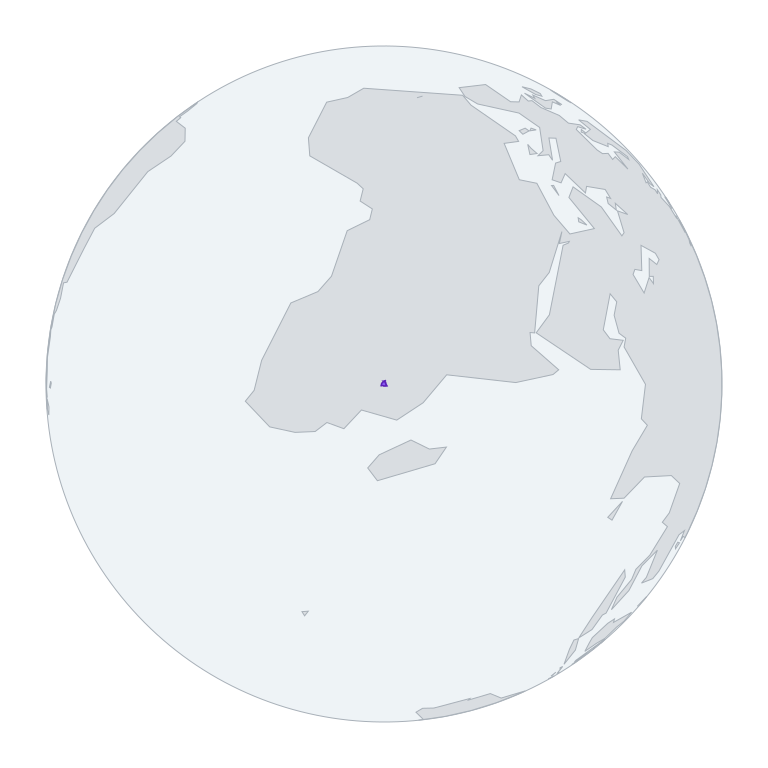 Lilongwe on an orthographic globe, rotated 51°
{"feature_id": "MWI-1909", "entity_name": "Lilongwe", "entity_type": "District", "adm_level": 1, "iso_a3": "MWI", "parent_name": "Malawi", "parent_adm1": "", "projection": "orthographic", "projection_center": [33.699, -14.021], "detail": "fine", "context": "on_globe", "style": "filled", "palette": "violet", "viewbox_px": 768, "rotation_deg": 51, "n_neighbors": 0, "source": "natural_earth", "source_scale": "10m", "svg_char_len": 6487}
<svg xmlns="http://www.w3.org/2000/svg" viewBox="0 0 768 768"><g transform="rotate(51 384 384)"><circle cx="384" cy="384" r="338" fill="#eef3f6" stroke="#a8b0b8"/><path d="M47.6,351.7L48.3,352.9L48.3,365.0L47.7,374.7L49.1,374.4L49.2,380.1L60.1,377.5L70.1,385.9L72.8,406.1L70.3,433.9L81.7,486.4L80.9,510.8L90.0,532.0L105.4,566.3L103.7,569.4L113.8,581.4L120.7,592.3L122.2,596.3L130.7,606.1L132.2,608.8L137.1,613.3L151.7,629.0L161.7,637.3L175.5,649.3L182.0,653.8L182.7,654.8L186.7,657.9L191.1,660.9L188.0,659.3L187.2,658.7L167.3,643.3L148.5,626.4L131.1,608.2L115.1,588.7L100.6,568.1L87.7,546.4L76.4,523.9L66.8,500.5L59.0,476.6L53.0,452.1L48.9,427.2L46.6,402.1L46.2,376.9L47.6,351.7ZM197.2,664.0L190.3,660.9L192.3,661.8L183.7,655.2L191.0,658.8L197.2,664.0ZM176.0,646.1L172.0,641.2L173.9,642.0L177.2,645.8L176.0,646.1ZM449.2,52.4L450.5,52.7L463.9,56.1L466.8,57.7L469.4,58.3L468.5,57.3L452.2,53.1L451.2,52.8L457.4,54.1L458.0,54.3L457.5,54.2L480.5,60.2L503.1,67.8L525.1,76.9L546.3,87.6L566.8,99.8L586.4,113.4L604.9,128.3L622.4,144.5L638.7,161.9L653.7,180.4L667.4,199.9L679.6,220.3L690.4,241.5L692.7,246.8L690.7,247.4L692.4,252.4L687.0,242.8L686.8,249.6L702.4,288.1L704.4,297.6L700.8,309.2L699.4,301.8L685.2,276.1L687.6,297.9L698.6,323.6L702.5,349.3L696.3,337.2L691.7,314.5L686.5,304.8L684.3,285.1L673.2,253.5L666.6,254.7L663.7,243.4L647.4,216.8L636.0,218.3L620.2,240.1L623.8,269.3L615.8,280.1L592.1,233.2L581.8,205.3L573.0,205.9L548.8,181.0L506.3,174.1L500.5,167.3L492.5,169.4L475.4,161.9L466.6,151.4L456.2,151.5L479.9,179.5L491.0,179.9L500.6,170.6L505.1,180.7L521.6,191.5L502.7,214.2L440.0,233.5L434.3,211.9L388.9,157.5L390.5,151.9L390.3,151.3L389.8,150.2L385.2,159.3L377.5,149.8L401.3,185.4L405.1,201.9L439.1,234.8L435.9,238.1L446.9,245.5L482.9,239.3L483.0,246.7L465.8,280.7L416.3,329.5L423.2,365.4L420.1,396.8L390.0,417.9L393.5,443.3L378.0,452.6L377.6,467.4L365.6,483.6L345.4,499.8L310.1,502.6L307.2,488.9L288.6,464.2L262.4,405.4L270.6,377.2L267.2,357.0L241.7,316.1L247.3,291.7L240.6,282.9L226.8,287.4L219.2,277.3L211.0,278.5L160.0,298.1L145.1,287.8L128.9,251.2L138.5,231.9L141.4,213.6L209.1,141.2L222.1,140.9L273.9,125.7L280.2,126.7L272.6,139.2L310.4,150.3L324.2,138.9L359.8,145.8L384.4,145.1L395.6,122.7L355.4,122.9L349.8,113.0L383.2,103.7L418.6,105.9L417.5,102.2L396.4,93.6L405.7,87.9L389.1,90.5L395.0,94.0L384.8,96.2L378.8,93.3L382.4,91.1L372.0,89.7L357.9,102.2L362.3,107.2L334.5,110.8L339.1,119.8L331.1,124.8L320.3,111.6L322.3,106.6L301.2,95.7L296.6,101.0L316.2,112.2L309.5,111.7L303.5,120.7L302.8,113.5L282.6,101.6L258.4,108.6L225.3,135.0L211.6,140.1L201.0,139.1L215.2,116.6L244.3,108.0L249.8,101.5L245.8,95.3L254.9,93.8L256.9,90.7L268.0,88.0L285.6,78.8L297.3,76.5L306.0,68.5L313.2,66.6L305.9,71.5L307.2,74.4L336.3,71.1L342.5,69.2L345.8,64.7L353.4,65.0L352.9,61.2L370.5,59.2L348.6,58.9L351.9,55.3L363.5,52.5L360.6,51.7L341.7,56.5L337.8,58.7L340.6,60.4L326.3,68.4L315.9,70.7L316.0,63.4L301.2,66.5L307.7,60.9L354.8,48.9L373.5,47.4L400.6,50.1L395.2,51.3L382.8,50.6L392.6,53.7L392.6,52.2L398.9,53.0L403.7,51.1L408.4,51.7L404.9,49.3L411.2,49.9L413.3,51.3L425.7,50.5L439.3,52.3L439.8,51.9L436.6,51.1L456.0,54.7L455.5,54.4L449.0,53.0L443.8,51.6L442.4,51.2L449.2,52.4ZM184.5,172.9L182.3,178.2L184.5,172.9ZM455.6,121.5L477.0,124.6L468.1,111.0L475.6,111.4L469.8,107.0L467.3,110.1L453.3,98.9L462.8,96.8L460.5,92.0L453.2,90.8L438.0,97.0L458.1,112.3L452.8,116.9L455.6,121.5ZM256.6,79.8L259.7,80.2L254.5,83.9L239.8,89.7L247.2,84.1L256.6,79.8ZM265.4,80.2L269.6,72.9L278.9,69.9L272.9,72.6L278.7,71.4L270.7,75.6L275.5,81.0L271.2,84.9L246.4,91.8L256.9,87.0L253.1,86.5L265.4,80.2ZM269.0,66.3L283.4,61.6L279.5,63.2L264.6,68.3L260.4,69.6L263.7,68.3L265.0,67.7L269.0,66.3ZM288.2,121.5L293.2,121.4L301.2,120.0L297.5,126.2L288.2,121.5ZM274.0,113.3L278.6,112.0L277.3,118.9L272.2,119.5L274.0,113.3ZM282.3,105.8L279.0,111.4L277.7,108.7L282.3,105.8ZM310.4,70.5L315.5,69.3L315.6,70.3L312.3,72.2L310.4,70.5ZM388.2,126.3L380.5,130.6L377.0,128.5L380.4,127.4L388.2,126.3ZM336.4,127.2L347.7,129.4L335.2,128.9L336.4,127.2ZM512.9,585.8L514.2,591.6L509.3,591.0L512.9,585.8ZM478.1,394.5L455.0,450.0L439.0,449.5L436.0,432.3L444.5,398.3L463.1,389.7L472.3,375.2L478.1,394.5ZM716.1,431.8L716.4,436.6L716.1,438.1L716.1,431.8ZM716.0,422.9L717.0,427.2L715.3,425.7L716.0,422.9ZM717.2,428.9L718.1,429.8L718.5,429.0L718.0,432.0L717.2,428.9ZM715.1,420.5L706.8,406.7L702.5,397.5L704.3,393.0L711.2,402.7L715.1,420.5ZM703.9,392.4L696.3,369.0L679.9,313.9L685.9,318.0L701.8,355.6L701.0,359.7L705.7,376.8L703.9,392.4ZM719.2,382.3L718.2,396.2L714.4,387.4L712.2,381.7L710.8,360.8L711.6,352.7L713.7,355.7L717.2,335.2L719.4,346.7L719.3,356.4L720.7,372.1L719.2,382.3ZM625.3,272.5L633.3,292.5L628.4,294.0L625.3,272.5ZM715.4,318.3L716.2,327.1L714.4,313.5L715.4,318.3ZM695.5,261.1L693.5,259.8L691.8,255.2L693.4,254.3L695.5,261.1ZM423.0,48.3L422.3,48.3L421.9,48.5L429.1,49.8L415.8,48.1L416.5,47.6L423.0,48.3ZM667.0,568.7L669.6,564.5L659.2,565.7L660.3,558.1L667.2,549.2L682.5,515.1L682.8,517.2L691.5,496.2L701.8,490.6L711.4,467.3L710.4,471.6L702.4,497.1L692.5,521.9L680.7,545.8L667.0,568.7ZM717.4,438.8L716.5,441.9L718.0,435.5L717.4,438.8ZM721.9,377.9L721.3,377.6L721.4,388.1L721.9,387.0L721.5,391.8L720.8,410.0L720.2,414.7L721.2,395.1L719.8,410.9L719.5,408.6L720.3,393.0L721.1,377.6L721.4,372.5L721.8,375.7L721.9,377.9Z" fill="#d9dde1" stroke="#a8b0b8" stroke-width="1"/><path d="M383.5,387.2L383.4,386.9L383.2,386.8L383.1,386.7L382.9,386.4L382.7,386.3L382.5,386.1L382.2,385.5L382.1,385.4L382.0,385.2L382.0,384.8L381.9,384.6L381.9,384.4L382.0,384.2L381.9,384.0L381.9,383.9L382.0,383.8L381.9,383.7L381.7,383.3L381.7,383.2L381.5,382.9L381.4,382.9L381.5,382.8L381.5,382.7L381.6,382.4L381.6,382.2L381.7,381.9L381.8,381.9L381.9,381.7L382.0,381.6L382.2,381.4L382.2,381.2L382.2,380.9L382.3,380.9L382.5,380.9L382.6,381.0L382.5,381.3L382.6,381.7L382.6,381.8L382.7,382.0L383.0,382.1L383.3,382.1L384.2,381.9L384.3,381.9L384.3,382.0L384.4,382.3L384.5,382.4L384.6,382.5L384.8,382.5L385.1,382.4L385.4,382.5L385.6,382.5L385.8,382.6L385.9,382.8L386.0,382.8L386.3,382.8L386.5,382.7L386.9,382.7L387.0,382.7L387.1,382.8L386.9,382.9L386.8,383.0L387.1,383.0L387.3,383.0L387.2,383.2L387.1,383.3L386.9,383.4L386.9,383.5L386.7,383.9L386.6,384.0L386.4,384.2L386.3,384.3L386.3,384.5L386.2,384.6L386.0,384.8L385.9,384.9L385.8,385.0L385.6,385.0L385.4,385.2L385.4,385.4L385.4,385.5L385.2,385.6L384.9,385.7L384.7,385.8L384.2,386.1L384.0,386.3L384.0,386.5L383.9,386.7L383.9,386.8L383.8,387.0L383.7,387.0L383.5,387.2Z" fill="#8b5cf6" stroke="#5b21b6" stroke-width="1.5"/></g></svg>